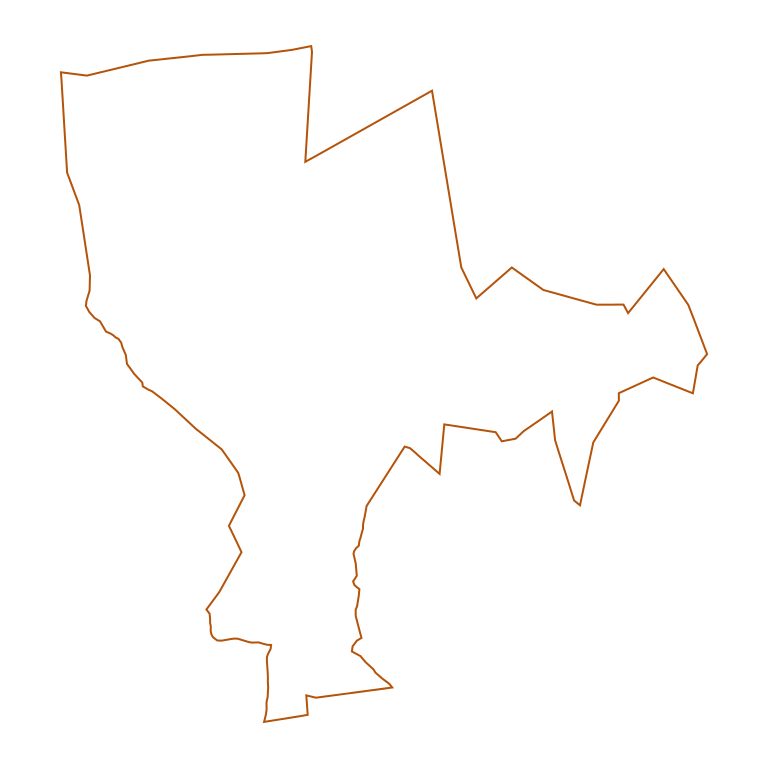 the district of São Raimundo Nonato, Piauí, Brazil
{"feature_id": "56859067B13922640235877", "entity_name": "São Raimundo Nonato", "entity_type": "district", "adm_level": 2, "iso_a3": "BRA", "parent_name": "Brazil", "parent_adm1": "Piauí", "projection": "mercator", "projection_center": [-42.719, -9.025], "detail": "fine", "context": "isolated", "style": "outline", "palette": "amber", "viewbox_px": 768, "rotation_deg": 0, "n_neighbors": 0, "source": "geoboundaries", "source_scale": "gbopen_adm2", "svg_char_len": 2118}
<svg xmlns="http://www.w3.org/2000/svg" viewBox="0 0 768 768"><path d="M206.4,609.5L209.6,613.7L210.1,618.8L210.1,623.1L210.8,626.1L210.7,631.4L211.5,634.6L212.9,637.1L217.1,640.4L221.3,640.7L231.2,639.0L234.1,638.6L237.7,638.7L248.9,642.1L251.8,642.6L258.5,642.4L262.6,643.6L266.7,644.7L271.1,645.0L270.6,648.9L267.9,654.2L266.9,657.2L266.9,661.1L267.7,672.5L267.9,677.5L267.8,681.4L268.2,687.9L267.9,691.5L267.7,696.6L266.5,702.5L266.6,709.5L265.9,714.5L264.1,721.9L303.4,715.6L307.7,714.8L306.3,695.4L316.0,697.7L392.2,687.5L389.4,683.9L382.7,678.9L375.6,672.8L373.4,669.3L365.5,662.1L362.9,659.0L360.5,656.1L351.9,651.5L352.6,646.3L354.4,644.0L356.8,640.7L361.5,637.9L359.9,632.1L357.2,621.7L355.7,615.9L355.7,609.6L357.1,606.1L358.8,595.5L359.4,589.1L356.3,586.8L354.3,584.8L353.1,581.4L356.8,575.8L355.7,563.3L353.5,553.7L354.3,550.8L356.3,548.0L358.8,545.7L359.4,541.1L360.3,538.5L361.8,532.8L363.0,528.7L363.0,525.5L363.5,521.6L364.6,517.1L366.6,506.0L385.7,476.2L404.7,446.6L409.9,448.1L415.8,453.1L418.2,455.4L439.6,473.9L444.3,424.4L495.7,432.2L501.8,441.3L515.6,438.7L523.6,431.2L537.7,421.5L552.0,411.5L555.1,440.2L558.7,451.8L566.5,476.2L574.1,500.5L580.0,505.3L586.1,476.2L593.3,442.4L618.9,400.7L618.8,393.2L653.1,377.5L692.9,393.3L697.7,365.4L701.1,361.5L707.1,354.1L694.2,320.1L688.3,304.9L663.7,269.1L628.1,313.1L623.5,304.6L596.5,304.7L543.4,290.0L511.8,267.5L476.3,298.4L461.3,267.5L453.2,218.8L452.5,214.4L432.0,90.7L314.6,156.7L305.3,161.8L312.0,51.9L311.2,46.1L291.8,49.9L267.6,53.1L262.6,53.3L209.5,54.7L202.6,54.8L191.5,56.1L148.5,60.7L87.0,75.6L60.9,72.3L61.5,80.1L67.1,172.6L79.2,205.1L83.1,230.4L90.0,275.5L89.6,290.6L86.5,300.9L85.9,305.9L89.3,312.0L94.6,318.0L100.0,321.3L106.0,331.6L110.0,333.3L113.2,335.2L115.7,337.5L118.4,338.8L121.2,342.7L122.4,347.1L125.9,355.2L126.5,360.3L127.0,364.0L130.0,368.0L134.0,373.7L142.3,382.6L142.8,386.4L148.3,389.6L152.1,391.3L161.3,398.3L175.0,409.4L195.5,428.5L221.6,449.3L224.2,452.9L238.2,472.8L239.6,477.4L244.6,495.2L228.9,525.8L236.8,542.2L241.5,552.2L221.1,588.8L219.1,592.3L206.4,609.5Z" fill="none" stroke="#b45309" stroke-width="2"/></svg>